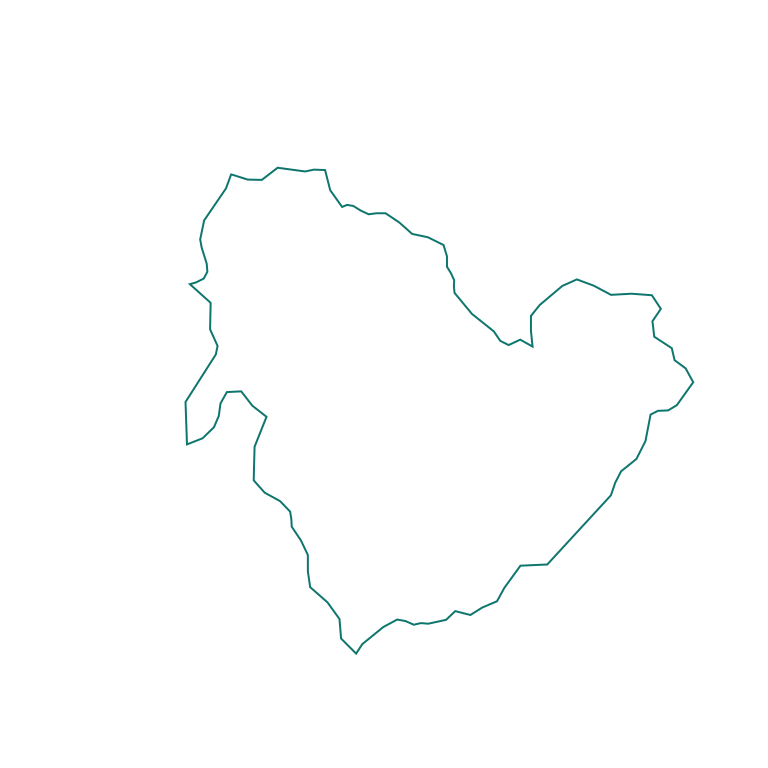 map outline of Shida Kartli (Mercator projection), rotated 307°
{"feature_id": "GEO-3039", "entity_name": "Shida Kartli", "entity_type": "Region", "adm_level": 1, "iso_a3": "GEO", "parent_name": "Georgia", "parent_adm1": "", "projection": "mercator", "projection_center": [44.031, 42.172], "detail": "fine", "context": "isolated", "style": "outline", "palette": "teal", "viewbox_px": 768, "rotation_deg": 307, "n_neighbors": 0, "source": "natural_earth", "source_scale": "10m", "svg_char_len": 1594}
<svg xmlns="http://www.w3.org/2000/svg" viewBox="0 0 768 768"><g transform="rotate(307 384 384)"><path d="M346.9,168.9L352.1,172.8L359.7,176.6L367.3,175.4L373.3,170.1L383.3,156.2L388.8,150.2L406.4,141.9L445.1,140.1L459.3,135.8L460.1,137.6L465.2,152.1L473.5,163.6L492.7,168.9L506.2,193.0L513.1,199.1L519.4,208.2L506.4,224.4L500.2,244.0L504.8,246.7L507.7,252.3L508.5,261.1L510.3,269.6L515.7,275.1L521.3,282.5L522.2,299.0L520.8,316.2L527.6,330.7L530.8,347.9L523.9,357.4L515.5,363.8L512.7,371.0L509.1,377.6L504.0,381.1L499.2,385.5L492.9,412.1L492.1,440.2L491.8,441.0L488.4,451.0L490.1,460.1L501.4,466.1L503.3,480.1L508.7,475.1L515.1,469.2L526.8,460.4L540.7,460.8L569.7,467.4L583.6,475.1L584.9,479.4L585.2,480.5L588.7,492.1L591.8,511.6L605.1,527.4L616.1,544.5L610.6,559.9L595.7,560.6L584.4,571.4L585.8,592.3L577.9,601.7L578.0,615.5L571.5,629.9L543.3,630.6L533.9,626.8L527.4,618.9L520.0,615.3L495.7,627.2L476.0,630.7L457.0,625.9L444.2,628.1L431.7,632.2L338.1,623.0L321.0,602.3L293.7,602.8L278.5,605.0L264.6,597.0L251.5,592.0L245.5,577.6L233.0,575.5L219.2,563.6L215.2,557.3L209.7,552.7L207.6,543.8L203.8,536.3L189.5,529.7L163.2,523.2L151.9,524.0L154.9,502.9L169.5,489.9L175.6,470.3L177.3,447.3L188.5,436.0L201.6,426.1L209.0,412.0L214.5,396.2L220.8,390.9L223.1,388.4L223.5,388.0L225.6,385.8L227.9,371.5L225.4,354.2L227.3,344.5L228.7,337.9L236.9,332.0L256.0,318.4L287.1,309.9L287.4,292.0L292.2,274.4L283.0,263.4L270.1,265.1L259.0,271.3L247.2,274.2L231.5,271.8L217.2,263.0L250.2,236.3L306.4,231.9L314.2,228.2L323.0,212.2L344.5,196.7L346.9,168.9Z" fill="none" stroke="#0f766e" stroke-width="2"/></g></svg>